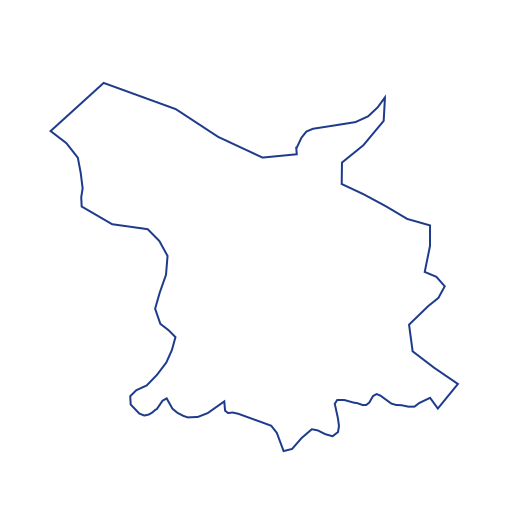 the District of İmişli, rotated 170°
{"feature_id": "AZE-1704", "entity_name": "İmişli", "entity_type": "District", "adm_level": 1, "iso_a3": "AZE", "parent_name": "Azerbaijan", "parent_adm1": "", "projection": "robinson", "projection_center": [48.046, 39.851], "detail": "fine", "context": "isolated", "style": "outline", "palette": "blue", "viewbox_px": 512, "rotation_deg": 170, "n_neighbors": 0, "source": "natural_earth", "source_scale": "10m", "svg_char_len": 1457}
<svg xmlns="http://www.w3.org/2000/svg" viewBox="0 0 512 512"><g transform="rotate(170 256 256)"><path d="M197.6,355.4L197.3,355.3L190.7,364.6L184.8,369.8L177.9,371.4L134.8,370.6L121.3,374.1L110.3,381.3L101.5,389.8L101.6,389.2L106.8,366.9L131.1,346.4L155.1,333.1L159.1,312.0L139.2,298.0L119.2,282.2L100.6,266.2L79.3,255.9L82.9,235.7L92.6,211.0L82.0,204.2L75.4,193.4L83.6,183.1L94.9,176.9L117.2,161.8L118.3,134.9L99.8,114.8L79.4,94.9L103.4,74.2L109.2,86.1L120.7,82.9L126.2,80.1L132.2,81.2L137.4,83.3L138.3,83.7L144.0,85.0L148.4,87.2L157.7,96.9L161.2,99.1L165.0,97.8L170.0,91.9L173.2,90.2L176.6,90.6L182.2,93.7L184.7,94.4L194.2,98.9L201.0,100.1L204.1,96.8L203.5,81.9L203.8,74.2L205.8,68.4L211.9,65.2L218.7,68.5L225.4,73.5L231.1,75.7L242.6,68.9L254.0,59.7L262.7,59.1L266.2,78.2L270.5,86.2L301.0,103.8L306.2,105.9L310.8,106.2L313.3,109.0L312.5,118.3L330.8,109.7L341.2,107.6L351.2,108.9L355.4,111.2L360.6,115.2L364.8,120.1L368.7,131.3L373.2,129.7L380.1,122.6L382.2,121.8L385.1,120.0L388.9,118.5L393.7,118.3L398.3,121.1L401.0,125.2L405.2,131.5L404.2,139.8L397.2,144.6L386.1,147.5L374.1,156.2L362.8,166.7L355.1,178.1L349.4,190.1L355.0,198.1L362.0,205.8L364.5,221.6L357.2,236.6L347.9,253.1L343.1,271.4L348.6,287.6L358.0,301.2L392.2,312.3L419.1,335.0L417.9,344.3L415.0,352.6L414.2,368.1L414.4,383.7L423.1,400.0L436.6,414.7L376.0,452.9L309.4,414.5L272.5,379.8L232.5,351.8L198.2,349.1L197.6,355.3L197.6,355.4Z" fill="none" stroke="#1e3a8a" stroke-width="2"/></g></svg>